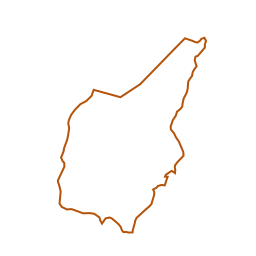 Santa Cruz do Capibaribe, Pernambuco, Brazil, rotated 281°
{"feature_id": "56859067B39285037259201", "entity_name": "Santa Cruz do Capibaribe", "entity_type": "district", "adm_level": 2, "iso_a3": "BRA", "parent_name": "Brazil", "parent_adm1": "Pernambuco", "projection": "orthographic", "projection_center": [-36.328, -7.887], "detail": "fine", "context": "isolated", "style": "outline", "palette": "amber", "viewbox_px": 256, "rotation_deg": 281, "n_neighbors": 0, "source": "geoboundaries", "source_scale": "gbopen_adm2", "svg_char_len": 1480}
<svg xmlns="http://www.w3.org/2000/svg" viewBox="0 0 256 256"><g transform="rotate(281 128 128)"><path d="M58.8,71.3L52.9,74.0L40.8,75.2L37.9,78.0L36.4,83.6L37.1,86.0L37.6,88.2L35.7,100.3L37.2,106.8L37.3,111.1L36.4,113.5L34.7,117.1L32.3,118.2L29.2,120.7L32.5,122.1L35.0,123.3L36.6,126.8L36.2,129.3L33.2,134.7L31.4,137.6L29.3,139.9L26.5,141.5L24.9,143.4L25.6,145.8L25.5,148.9L26.4,152.4L29.1,152.2L35.9,152.8L38.6,152.8L41.5,153.6L47.0,157.7L50.3,160.1L55.4,164.1L57.8,165.5L67.8,166.5L70.2,165.9L72.5,164.4L74.7,167.3L76.7,168.4L78.5,171.7L78.7,175.0L85.7,175.9L87.7,176.2L87.3,173.6L89.4,174.1L92.1,176.8L94.3,179.1L92.7,182.7L95.9,182.4L98.0,181.5L100.3,181.3L103.7,182.9L111.4,187.8L114.9,186.9L124.3,180.6L128.1,176.8L131.6,174.2L134.7,170.4L137.5,169.6L144.3,170.5L149.3,172.6L153.4,173.0L156.5,175.7L159.4,177.2L162.1,176.9L167.5,177.0L173.8,178.9L177.4,179.1L179.7,178.9L181.9,178.6L185.2,178.3L187.9,179.3L191.3,180.9L195.4,180.9L198.5,182.0L201.7,183.6L204.3,182.1L207.5,180.5L211.0,180.7L212.2,182.8L221.6,188.1L224.6,187.5L228.4,188.0L231.1,185.8L229.5,183.0L227.5,182.1L225.2,180.0L225.2,177.1L225.8,175.1L226.9,166.8L215.8,159.4L208.8,154.8L173.3,131.6L156.8,114.7L158.9,87.1L155.0,86.4L152.6,86.1L146.6,82.0L142.3,76.7L135.6,72.3L130.0,69.7L124.8,68.5L121.4,68.4L116.4,70.3L110.0,70.6L104.5,70.5L101.6,70.0L96.0,69.1L92.6,69.2L89.4,68.6L86.2,67.9L82.9,70.3L81.6,72.1L77.8,72.9L63.1,69.2L60.9,70.0L58.8,71.3Z" fill="none" stroke="#b45309" stroke-width="2"/></g></svg>